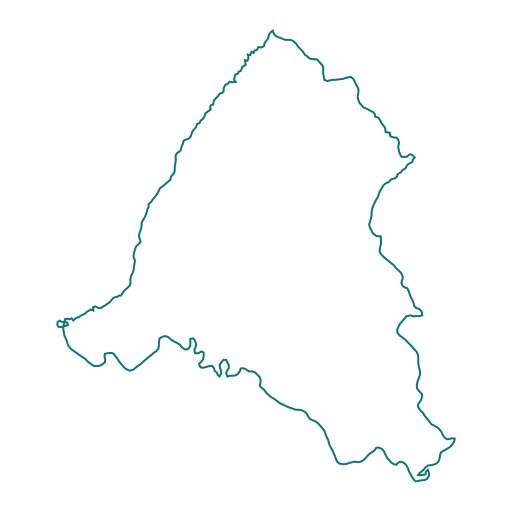 the district of Urucuia, Minas Gerais, Brazil
{"feature_id": "56859067B5271560558977", "entity_name": "Urucuia", "entity_type": "district", "adm_level": 2, "iso_a3": "BRA", "parent_name": "Brazil", "parent_adm1": "Minas Gerais", "projection": "robinson", "projection_center": [-45.578, -16.022], "detail": "fine", "context": "isolated", "style": "outline", "palette": "teal", "viewbox_px": 512, "rotation_deg": 0, "n_neighbors": 0, "source": "geoboundaries", "source_scale": "gbopen_adm2", "svg_char_len": 6016}
<svg xmlns="http://www.w3.org/2000/svg" viewBox="0 0 512 512"><path d="M65.0,319.2L64.9,321.6L67.3,322.7L67.9,325.1L63.3,326.5L63.4,329.7L64.4,335.7L66.5,340.0L67.3,342.9L68.4,345.8L71.1,349.1L81.4,356.4L84.9,358.5L88.3,362.0L91.0,364.1L93.9,365.9L97.8,366.1L100.3,365.5L102.7,364.1L104.7,362.5L105.3,360.1L104.5,357.0L104.9,353.8L108.3,353.1L111.8,353.0L113.7,353.7L115.2,356.0L116.7,357.6L119.3,361.7L122.9,366.0L125.1,368.3L127.2,369.6L129.6,370.6L131.7,370.3L133.6,369.4L136.9,366.7L141.7,363.2L143.9,361.1L148.8,356.9L150.7,355.6L153.9,352.7L156.0,351.4L158.4,348.6L158.9,345.8L158.9,342.2L159.5,338.5L162.6,336.6L165.6,336.1L168.2,337.1L170.7,339.3L172.9,340.9L177.4,343.2L180.0,344.8L181.9,347.3L185.0,349.5L187.6,349.2L189.5,347.4L190.3,344.9L190.3,338.9L193.2,338.4L195.0,340.6L196.1,344.3L195.5,347.6L194.4,349.8L194.8,352.9L196.8,353.4L198.7,353.0L201.5,351.5L203.6,352.5L203.7,355.7L203.1,359.4L199.0,364.1L199.9,366.4L201.8,367.8L204.2,367.5L209.0,366.2L211.9,365.8L213.9,368.1L214.8,371.0L216.9,372.8L217.8,375.0L219.5,376.5L221.3,373.2L220.8,369.8L219.8,367.2L219.8,364.4L221.7,361.9L223.5,359.8L226.1,359.9L227.4,362.7L228.9,365.3L228.7,368.3L227.2,370.4L226.1,373.3L227.5,376.6L229.7,375.8L234.5,375.6L236.3,375.0L238.1,373.8L239.9,371.1L240.7,368.5L242.6,368.2L244.9,368.7L249.0,371.4L252.6,371.5L255.2,372.5L259.5,376.9L260.7,379.9L260.5,382.7L259.7,385.7L261.3,387.6L263.5,389.1L266.7,393.2L271.3,397.3L273.0,398.1L275.1,399.5L277.9,401.8L280.2,403.3L288.2,407.1L295.3,409.6L301.2,410.0L305.2,412.0L307.1,414.4L308.4,416.9L310.4,419.3L313.1,420.5L315.5,421.3L318.0,423.3L320.3,425.8L324.2,430.5L326.9,437.7L328.2,440.0L329.4,444.5L334.8,455.5L335.6,458.2L337.3,461.9L339.5,463.6L343.7,464.3L346.3,463.9L353.1,461.9L355.2,461.7L357.1,462.1L359.8,462.1L362.6,460.8L364.5,459.2L368.1,455.2L370.4,453.1L372.7,451.7L374.8,450.1L376.0,448.1L377.7,447.4L379.8,448.0L381.9,449.0L383.8,451.0L385.0,453.9L387.6,458.5L391.3,462.5L393.5,464.0L396.1,464.8L398.0,462.9L400.0,461.8L402.7,462.2L405.2,463.9L406.8,466.0L408.1,468.5L409.0,471.5L411.9,476.7L413.6,479.3L415.5,481.3L417.4,481.2L420.0,480.6L425.0,479.9L427.1,478.9L429.0,475.8L428.9,472.7L427.8,469.7L425.9,471.8L425.5,474.5L420.3,475.2L418.2,475.1L419.8,472.7L421.7,471.5L423.9,469.5L425.4,467.5L428.1,465.5L431.8,465.0L433.9,464.5L436.3,463.6L438.3,461.8L439.3,459.4L440.2,454.4L441.2,452.2L449.3,447.5L451.2,445.8L452.9,443.7L454.3,441.3L454.7,438.6L451.9,438.3L449.5,439.0L446.7,439.2L444.4,437.2L442.6,434.6L441.5,431.9L438.4,428.2L436.1,426.7L431.2,424.1L428.0,419.7L426.0,417.4L424.2,415.1L423.0,412.9L420.9,411.1L419.2,408.7L418.1,406.6L418.2,404.2L421.0,400.1L422.2,395.6L421.5,393.5L418.4,390.4L417.0,388.1L416.8,384.7L417.5,381.6L419.6,376.0L420.2,373.3L419.7,370.1L418.5,365.0L418.2,361.8L418.3,357.7L417.9,354.5L416.5,351.6L414.9,350.0L411.3,345.8L405.6,340.1L403.2,338.0L399.9,335.7L397.5,333.1L397.2,329.9L398.6,326.4L400.2,323.5L403.2,320.1L406.4,316.2L411.0,315.4L413.2,316.3L419.7,316.0L422.2,315.3L421.8,312.0L420.6,310.3L419.0,308.9L416.4,308.2L414.2,305.9L413.5,302.5L410.4,296.3L409.7,294.3L408.8,291.3L407.2,288.2L404.7,287.4L402.6,285.8L401.4,283.1L401.9,280.6L402.8,278.1L402.5,275.9L401.4,273.4L399.6,271.4L395.8,267.9L393.8,265.2L385.3,258.4L382.9,256.2L380.9,253.9L379.6,251.6L379.8,248.9L381.0,243.3L381.0,240.2L380.6,236.4L376.3,236.0L373.9,234.1L372.1,232.0L371.2,229.7L369.8,227.4L369.1,224.4L370.0,222.0L371.6,215.5L371.5,212.6L371.9,209.8L372.8,206.7L375.6,200.6L377.8,197.2L379.8,191.5L382.6,186.6L384.3,184.4L386.2,183.0L388.3,182.3L391.6,179.1L394.6,178.5L397.0,176.7L397.4,174.5L399.1,173.3L400.8,172.5L402.4,170.1L405.4,168.4L406.5,166.2L407.9,164.3L412.2,162.1L412.9,159.8L414.7,157.6L412.5,155.2L410.6,154.2L408.6,155.2L406.4,156.9L401.5,156.8L400.2,154.4L399.0,151.4L398.2,146.7L399.0,143.0L398.2,139.5L396.5,137.6L393.9,137.5L392.0,137.0L390.2,136.0L389.7,132.6L385.6,132.2L385.2,128.3L383.2,125.1L381.3,123.1L380.3,120.5L378.3,117.6L375.2,116.7L374.7,114.1L373.2,112.1L370.3,110.8L367.8,109.3L363.5,107.4L359.5,102.9L357.9,98.7L357.7,96.4L358.3,93.2L358.5,89.4L357.4,86.8L355.6,83.8L354.7,81.4L353.0,78.6L350.7,76.9L346.1,77.8L343.3,78.8L334.8,79.9L332.9,79.7L327.5,81.0L324.5,80.1L323.2,73.8L323.1,70.9L323.3,68.0L322.5,65.6L317.1,59.4L311.6,59.1L309.4,58.3L307.3,56.4L305.1,54.9L302.7,51.4L298.0,46.5L295.9,43.5L293.1,40.9L290.5,39.9L285.0,39.8L275.9,36.2L273.8,33.8L272.7,30.7L270.9,32.1L269.0,34.3L268.2,38.2L264.6,43.1L264.0,46.1L261.5,47.5L258.4,47.0L256.7,50.2L254.5,50.4L253.7,52.9L251.5,51.8L250.2,55.1L247.8,54.6L248.5,57.8L247.5,60.7L245.0,60.1L245.7,64.9L242.0,67.1L241.6,69.2L240.6,71.1L238.5,71.7L237.8,73.7L235.2,74.7L234.1,79.7L235.6,81.9L232.6,82.2L229.7,81.7L228.0,83.7L225.3,84.9L223.7,88.1L223.5,91.7L221.8,93.1L219.5,93.7L218.1,96.1L214.3,99.9L213.5,102.3L213.2,104.6L211.3,105.0L210.1,106.7L210.7,109.6L206.8,112.2L205.2,113.6L204.5,116.5L202.8,119.1L200.7,120.5L199.6,123.1L197.2,123.9L196.1,127.1L194.0,129.7L192.4,131.4L190.8,136.4L188.8,138.6L186.0,139.6L183.6,140.8L183.0,143.4L181.5,147.1L180.5,150.6L176.5,153.6L175.6,155.9L175.8,159.2L175.5,162.3L174.8,166.7L174.8,170.2L174.1,172.9L172.2,175.0L171.0,177.0L170.3,179.7L163.0,186.1L160.2,187.9L157.7,192.9L154.9,197.0L153.4,198.6L150.9,202.3L148.7,203.9L148.5,207.3L147.4,209.1L147.1,211.3L145.0,216.9L141.7,222.4L141.7,225.1L141.0,228.9L139.6,232.9L138.9,236.6L139.9,239.2L140.6,241.9L135.9,246.8L134.9,249.6L133.5,255.3L133.7,258.0L134.9,260.1L134.8,262.4L134.3,264.6L133.6,270.1L132.5,273.3L131.0,276.1L130.3,279.9L130.6,282.9L129.9,285.1L128.3,287.1L125.8,289.2L123.6,291.5L120.9,295.6L119.1,295.5L117.1,297.0L115.2,297.1L113.4,297.9L109.9,302.0L105.9,304.9L100.5,308.2L98.6,308.2L96.9,307.1L95.2,306.4L93.1,307.1L93.3,310.6L90.8,309.5L86.6,312.0L84.5,314.0L81.6,315.1L79.3,316.9L77.0,317.6L74.7,319.0L73.3,320.5L71.6,318.4L69.6,319.1L67.3,318.7L65.0,319.2ZM64.9,321.6L61.9,321.9L59.5,320.7L57.6,322.1L57.3,324.8L58.4,326.8L61.0,327.1L63.3,326.5L64.0,323.9L64.9,321.6Z" fill="none" stroke="#0f766e" stroke-width="2"/></svg>